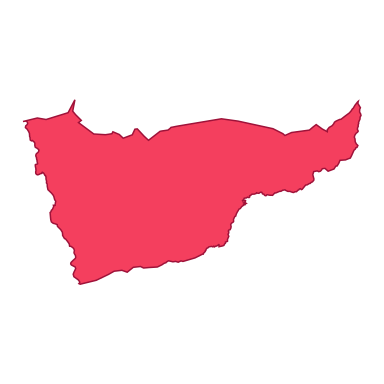 San Pablo Macuiltianguis, Oaxaca, Mexico
{"feature_id": "50627088B33728265994200", "entity_name": "San Pablo Macuiltianguis", "entity_type": "district", "adm_level": 2, "iso_a3": "MEX", "parent_name": "Mexico", "parent_adm1": "Oaxaca", "projection": "robinson", "projection_center": [-96.525, 17.517], "detail": "fine", "context": "isolated", "style": "filled", "palette": "rose", "viewbox_px": 384, "rotation_deg": 0, "n_neighbors": 0, "source": "geoboundaries", "source_scale": "gbopen_adm2", "svg_char_len": 5352}
<svg xmlns="http://www.w3.org/2000/svg" viewBox="0 0 384 384"><path d="M78.9,283.6L80.2,284.2L96.2,280.3L108.5,274.4L111.3,272.8L114.2,271.2L121.9,270.3L127.2,272.2L133.3,267.3L140.5,266.5L143.6,268.0L149.3,267.5L157.4,267.0L162.1,264.7L164.1,263.3L166.0,262.7L166.4,262.1L168.5,260.8L172.9,261.8L175.6,261.4L178.2,262.2L181.0,260.9L182.7,261.4L183.1,261.4L195.0,257.9L202.6,254.1L203.3,254.1L203.5,253.3L204.5,252.3L205.2,251.5L205.4,250.6L205.8,250.5L206.0,249.5L206.9,248.2L207.9,247.9L208.5,247.1L209.6,246.7L211.8,246.4L212.9,246.9L213.8,246.2L214.4,246.9L215.6,246.2L216.2,246.0L216.6,246.1L218.8,244.6L219.1,244.9L219.0,246.7L222.7,245.9L223.9,245.4L224.6,244.0L225.5,243.1L225.5,242.1L227.5,241.3L227.5,239.3L228.8,236.3L228.0,234.3L228.7,233.1L228.8,231.8L228.3,231.1L228.9,230.0L230.1,229.7L230.9,228.0L231.1,226.5L230.7,224.6L231.4,223.3L233.3,222.0L233.6,221.5L233.5,219.3L234.8,216.5L235.7,216.1L236.3,214.0L237.4,211.8L238.2,210.6L238.9,209.2L240.3,208.5L241.7,206.6L243.5,205.3L243.5,204.7L244.2,204.7L244.9,204.8L245.3,204.2L245.1,203.9L245.4,203.5L246.2,203.4L245.9,203.1L244.8,202.8L243.9,203.1L243.6,202.9L245.1,202.2L245.6,200.7L245.3,200.4L242.6,200.9L242.5,200.5L243.8,199.5L244.1,198.3L245.3,198.0L246.2,198.0L247.4,197.2L249.0,197.6L249.8,196.8L249.6,195.7L251.0,195.1L251.9,194.2L254.3,194.1L256.1,193.5L256.5,192.8L257.1,193.1L258.9,193.3L259.5,192.9L260.5,192.2L261.8,192.3L262.5,193.9L263.9,194.2L264.4,195.1L265.3,195.7L266.2,195.6L266.8,194.8L267.3,194.7L269.5,195.2L272.6,195.3L274.7,193.0L275.7,193.0L279.7,191.3L280.9,191.3L281.8,190.8L282.7,190.2L283.9,190.1L284.9,189.8L285.9,190.5L287.9,191.4L289.3,191.4L290.2,191.4L290.9,191.8L293.2,192.5L293.9,192.4L294.7,191.8L296.5,191.7L298.1,190.1L298.8,189.9L299.3,189.1L300.4,188.7L301.3,189.6L302.2,189.3L305.6,185.1L307.3,184.8L309.1,183.6L310.2,183.4L310.9,182.6L312.5,181.8L313.8,180.2L313.9,178.9L312.8,174.7L313.7,171.6L317.2,170.9L318.8,171.7L320.4,171.2L321.4,170.2L322.3,168.7L325.0,168.4L328.1,171.2L334.0,169.0L335.3,166.9L336.1,166.0L337.1,166.0L338.8,163.2L340.0,160.3L345.5,159.9L348.2,158.8L350.3,158.1L351.5,155.8L354.0,150.2L355.3,149.1L355.8,147.8L357.0,147.4L357.9,145.5L356.3,143.9L355.2,141.7L355.0,138.9L354.3,137.1L354.9,135.1L356.1,133.3L357.6,132.1L358.2,131.1L357.4,129.4L357.5,128.0L358.3,126.1L358.1,125.1L358.7,123.4L358.5,122.8L359.0,121.3L360.0,119.1L360.1,117.1L361.0,115.5L360.6,113.8L359.6,112.1L359.7,109.4L360.4,107.7L357.8,103.3L358.3,101.3L357.7,101.8L355.0,105.2L353.1,108.4L352.4,108.9L352.1,109.3L351.6,110.2L351.2,110.8L349.4,112.9L345.9,115.5L344.3,116.7L341.0,119.3L339.8,119.4L337.3,120.5L335.5,121.4L334.4,122.3L333.7,123.8L332.3,125.5L331.4,126.2L330.9,126.4L329.2,127.4L327.2,129.9L327.4,130.7L327.3,131.7L322.4,129.1L316.2,124.6L312.8,127.2L309.4,130.1L291.6,132.5L284.9,135.5L282.9,133.7L273.0,128.7L238.0,121.1L221.4,118.8L211.2,120.5L177.7,126.1L175.0,126.6L173.2,127.0L171.0,127.4L170.0,128.5L167.9,130.1L161.7,131.0L160.1,131.3L148.5,140.3L144.1,136.2L137.3,128.9L134.9,129.2L132.3,134.8L123.2,138.2L119.3,134.5L112.9,131.8L111.9,133.7L109.0,134.2L105.4,134.7L93.8,134.0L78.5,122.6L81.3,120.4L75.6,114.7L72.7,111.2L74.9,99.8L68.1,112.7L46.1,119.5L37.3,118.0L23.0,121.5L24.9,121.2L26.3,121.1L26.9,121.6L27.4,122.4L27.6,123.1L27.6,123.6L27.4,124.1L27.2,124.5L26.7,125.0L25.9,125.7L25.7,126.0L25.4,127.4L25.5,127.7L26.2,128.3L26.9,128.9L27.5,129.7L28.1,130.7L28.6,131.5L29.1,132.6L29.5,133.7L29.5,134.7L29.6,135.6L29.6,136.3L29.7,136.8L30.1,137.5L30.1,138.7L30.2,139.5L30.3,140.1L30.7,140.4L31.6,140.9L31.9,140.8L32.1,140.7L32.3,140.5L32.7,140.7L33.0,141.0L33.4,141.5L33.9,141.8L34.4,142.2L34.9,143.5L34.8,145.2L35.2,147.1L35.7,147.5L36.7,148.0L38.0,149.0L38.4,149.4L38.8,149.9L38.9,150.1L38.8,150.4L38.7,151.1L38.5,151.7L38.2,152.1L37.8,152.6L37.0,153.2L36.5,153.6L36.1,154.3L35.9,155.0L35.8,155.8L36.0,156.6L36.2,157.1L36.5,157.5L36.6,158.2L36.5,158.7L36.6,159.1L36.9,159.9L37.1,160.2L37.1,160.6L37.0,160.8L37.2,162.0L37.3,162.3L37.4,162.9L37.6,163.4L37.6,163.6L37.5,163.9L37.1,164.1L36.4,164.3L35.9,164.4L35.6,164.5L35.4,164.6L35.3,164.8L35.3,165.1L35.3,165.9L35.5,167.1L35.7,168.0L35.8,168.4L35.9,168.8L35.8,169.2L35.9,169.6L36.0,170.0L35.9,171.0L35.7,171.6L35.7,172.2L35.7,172.7L35.8,173.4L36.0,173.7L36.1,173.9L36.4,174.3L36.9,174.6L37.3,174.8L38.3,174.7L39.5,174.2L40.3,173.7L41.1,173.6L41.6,173.4L41.8,173.0L42.0,173.1L42.3,172.3L42.5,172.4L42.9,172.6L43.3,172.8L43.7,173.2L44.0,173.6L44.4,174.5L45.0,175.5L45.5,175.5L45.7,176.1L46.0,177.3L46.0,179.1L46.1,179.4L46.3,180.1L46.5,181.2L46.6,181.8L46.4,182.9L46.9,183.5L47.1,183.9L47.2,184.4L47.3,186.7L47.6,187.9L47.8,189.2L48.2,190.0L48.8,190.5L49.8,191.5L51.5,193.1L53.1,195.1L53.8,196.4L54.7,199.8L55.5,200.8L55.7,201.3L55.7,201.6L55.6,202.1L55.4,202.5L55.4,202.9L55.4,203.3L55.1,204.3L55.1,205.3L53.4,205.3L53.7,206.5L52.4,209.4L51.4,210.3L50.9,211.8L50.1,212.5L50.6,218.3L50.8,219.9L51.4,221.9L53.2,223.3L54.8,223.7L57.3,224.6L57.3,225.8L57.6,226.5L60.7,229.6L62.3,232.1L62.6,234.1L62.6,235.4L64.5,238.6L65.5,238.9L66.9,240.6L69.2,243.8L69.6,246.2L71.1,246.4L73.4,248.2L73.9,249.0L74.4,250.5L74.0,252.4L74.2,253.4L75.5,255.6L75.7,257.5L75.3,258.4L73.2,260.3L71.0,262.5L70.7,263.9L71.4,265.0L73.5,266.1L75.2,267.0L75.7,268.6L74.0,272.1L73.2,274.2L73.9,276.7L78.2,279.8L79.5,281.5L79.7,282.7L78.9,283.6Z" fill="#f43f5e" stroke="#9f1239" stroke-width="1.5"/></svg>